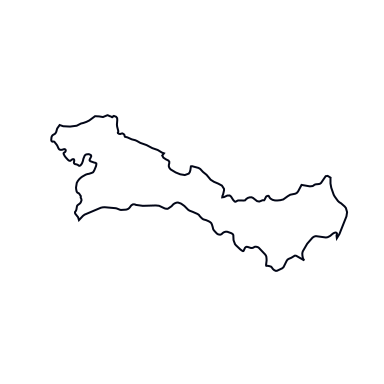 Volta, Albers equal-area conic projection, rotated 298°
{"feature_id": "GHA-2173", "entity_name": "Volta", "entity_type": "Region", "adm_level": 1, "iso_a3": "GHA", "parent_name": "Ghana", "parent_adm1": "", "projection": "albers", "projection_center": [0.32, 7.267], "detail": "fine", "context": "isolated", "style": "outline", "palette": "ink", "viewbox_px": 384, "rotation_deg": 298, "n_neighbors": 0, "source": "natural_earth", "source_scale": "10m", "svg_char_len": 5547}
<svg xmlns="http://www.w3.org/2000/svg" viewBox="0 0 384 384"><g transform="rotate(298 192 192)"><path d="M212.1,129.9L212.1,130.3L212.1,136.3L213.0,142.0L212.7,147.1L213.0,149.1L210.2,148.6L208.9,150.6L208.6,153.7L208.7,156.4L208.1,157.7L206.8,158.4L205.2,158.8L203.9,159.4L202.9,160.4L202.3,161.5L201.9,162.7L201.6,168.4L202.1,173.3L203.6,177.7L206.7,180.5L208.5,180.7L210.5,180.3L214.1,179.0L214.8,179.9L216.3,186.4L216.2,188.5L214.9,192.2L214.0,196.8L211.6,202.7L211.3,206.6L211.7,211.1L211.7,215.4L209.8,218.8L208.5,219.5L204.4,220.6L202.9,220.7L201.5,221.2L202.6,222.7L205.4,224.8L206.6,226.9L206.3,228.6L204.3,232.1L203.6,234.2L203.9,235.1L204.9,235.7L206.1,236.6L208.9,241.9L209.6,242.8L211.3,243.2L213.0,244.1L214.4,245.5L215.3,247.1L215.4,248.7L214.5,253.7L215.1,255.8L216.4,257.0L217.7,258.0L218.6,259.6L219.5,259.7L222.3,259.6L223.2,259.8L224.4,261.0L224.4,261.9L223.7,262.8L223.1,264.1L223.0,264.7L222.9,266.8L223.5,269.2L224.7,271.5L226.3,273.9L228.3,276.1L233.2,278.5L235.7,280.0L238.9,283.9L240.2,284.9L242.2,285.4L249.7,285.4L252.3,293.4L253.8,295.6L254.6,296.2L255.4,296.5L256.1,296.9L256.9,297.7L258.2,299.7L259.2,301.0L260.6,301.7L268.7,302.6L269.9,304.2L269.7,307.6L269.0,307.9L264.5,310.3L261.1,313.0L256.1,318.4L255.0,320.1L252.6,325.0L252.1,326.9L252.0,328.9L250.9,333.6L250.1,335.4L247.0,338.4L243.0,339.8L224.1,341.9L219.2,341.6L221.3,340.1L223.3,339.6L223.6,339.2L223.8,338.6L223.7,337.9L223.4,337.5L223.0,337.1L222.7,336.8L221.9,336.2L220.4,335.5L218.3,334.7L216.9,333.8L215.8,333.0L214.7,331.6L211.2,322.1L210.3,321.1L209.4,320.4L208.1,319.8L200.4,318.0L192.3,317.7L191.6,317.7L190.6,317.9L189.6,318.2L187.9,319.2L186.1,320.6L185.4,321.3L185.1,321.7L184.3,323.2L184.6,314.1L184.4,313.3L184.0,312.6L180.6,310.6L178.5,308.9L177.2,308.1L175.5,307.9L168.7,308.1L167.0,307.5L162.3,304.0L161.7,303.0L161.6,301.3L162.0,299.5L162.7,298.2L163.2,297.0L162.9,295.2L162.3,293.3L161.7,292.3L162.2,291.7L166.6,290.0L168.3,289.0L169.9,287.9L170.2,287.5L170.5,287.2L171.0,286.3L171.2,285.9L174.1,277.2L174.2,276.4L174.1,275.5L173.7,274.1L173.3,273.4L172.9,273.0L171.6,272.2L170.9,271.5L170.4,270.6L170.2,270.2L170.1,269.6L169.7,267.3L169.4,266.3L169.2,265.9L168.8,265.5L168.4,265.3L167.9,265.1L167.4,265.0L164.5,265.2L164.0,265.1L163.7,264.7L163.7,263.5L164.0,261.6L165.6,255.8L166.1,254.6L166.3,254.2L166.7,253.9L167.0,253.5L167.3,253.2L167.6,252.8L168.9,251.4L169.3,251.1L173.2,248.8L173.5,248.5L173.8,248.1L174.0,247.3L174.1,246.2L173.5,242.0L173.1,241.0L172.6,240.2L171.9,239.5L171.2,238.9L170.2,238.4L168.7,237.9L168.3,237.6L167.9,237.3L167.6,237.0L167.2,236.1L166.9,235.0L166.9,234.0L167.2,232.8L168.1,230.2L168.6,229.0L169.1,228.2L170.9,226.6L171.2,226.3L172.6,224.9L173.5,223.7L173.7,223.2L173.9,222.2L174.0,220.6L173.8,217.8L173.3,215.5L173.2,215.0L173.2,214.2L173.4,213.1L174.0,211.1L174.7,209.4L175.0,209.0L175.2,207.2L174.8,201.9L174.4,198.8L174.4,198.2L174.5,197.0L176.1,191.8L176.5,188.8L176.6,187.5L176.1,184.5L175.7,183.9L175.2,183.2L173.9,182.1L173.2,181.7L172.5,181.3L169.8,180.6L166.2,178.7L165.7,178.3L165.4,177.7L164.9,176.5L164.7,175.6L164.4,169.7L164.3,169.2L163.1,166.3L156.7,155.1L154.3,148.6L154.2,147.4L153.8,146.4L153.3,145.6L152.1,144.9L151.4,144.6L149.2,144.3L148.1,144.0L147.2,143.6L146.3,142.9L145.5,142.1L143.1,138.2L142.8,137.7L142.5,136.7L142.1,133.1L141.8,132.1L137.6,122.1L136.5,120.3L135.3,118.9L121.6,107.8L119.7,106.9L114.1,105.4L116.2,103.3L118.1,99.0L118.8,98.4L119.4,98.1L120.5,98.3L121.2,98.3L122.1,98.2L125.5,97.1L126.2,97.1L126.7,97.2L129.0,98.3L129.5,98.5L130.3,98.6L131.2,98.6L132.9,98.3L133.7,97.7L134.3,97.1L134.7,96.4L135.3,96.1L136.1,95.8L136.4,95.4L136.6,94.9L137.6,93.1L137.7,92.6L137.7,92.0L137.6,91.4L137.8,90.8L138.2,90.0L139.7,88.7L140.7,88.0L141.5,87.5L145.9,86.0L147.9,86.0L150.3,86.4L152.4,87.1L153.9,87.8L157.4,90.0L158.8,91.3L159.7,92.5L161.8,94.5L163.0,95.4L164.1,95.5L165.8,95.5L169.8,95.1L171.4,94.6L172.3,94.1L172.4,93.5L172.4,93.0L172.3,92.5L172.1,92.1L171.5,88.1L171.5,87.5L171.8,86.8L172.3,86.5L172.9,86.4L176.0,86.3L176.6,86.0L177.0,85.6L177.1,85.1L177.1,84.5L177.0,83.3L176.8,82.8L175.7,81.2L175.4,80.9L175.0,80.6L174.5,80.4L173.9,80.2L173.3,80.2L170.4,80.5L168.2,81.1L165.9,81.4L165.4,81.4L164.3,81.3L163.2,81.0L162.8,80.8L162.4,80.5L162.2,80.2L162.1,79.7L162.3,78.6L162.3,78.0L162.1,76.9L161.8,75.9L161.7,75.3L161.9,74.5L162.3,74.1L162.9,73.7L163.6,73.6L164.6,73.2L165.1,72.8L165.4,72.3L165.3,71.8L165.0,71.4L164.7,71.0L162.8,70.1L162.4,69.9L162.2,69.5L162.0,68.9L162.0,68.4L162.1,67.8L162.2,67.3L163.3,64.2L164.0,62.7L165.1,61.1L165.6,60.6L166.2,60.4L166.7,60.6L167.6,61.1L168.1,61.2L168.8,61.2L169.6,60.9L170.0,60.4L170.1,59.8L170.0,59.3L169.7,58.9L169.4,58.5L168.3,57.5L167.8,56.7L167.6,56.3L167.4,55.8L167.3,55.2L167.4,54.5L167.8,53.7L169.8,51.1L170.6,49.5L171.3,47.8L171.7,47.0L171.7,46.5L171.5,46.0L171.3,45.6L170.9,45.1L170.9,44.6L171.1,44.0L171.5,43.6L171.8,43.3L174.2,42.3L175.2,42.1L175.7,42.1L176.3,42.2L176.8,42.3L179.1,43.7L179.6,43.8L180.2,43.9L180.8,43.9L181.4,43.9L184.5,43.2L185.1,43.2L188.9,43.7L189.0,43.7L189.6,47.4L192.5,53.6L196.4,59.1L200.3,61.8L202.0,63.7L204.4,65.9L206.9,67.7L213.4,70.8L215.1,74.4L216.4,78.2L220.1,81.3L220.3,82.3L220.3,83.5L220.6,84.9L220.5,85.9L220.5,86.4L220.9,86.7L222.1,86.9L222.5,87.3L222.8,89.7L222.1,91.2L220.5,92.2L216.2,94.1L214.6,95.2L211.3,98.2L210.5,98.6L209.7,98.6L209.2,99.0L209.1,100.3L209.5,101.4L210.3,102.1L211.0,102.9L211.1,104.3L210.6,105.6L209.8,106.2L209.3,106.9L209.9,109.3L210.2,114.0L211.1,117.7L211.2,119.6L211.1,123.3L212.1,129.9Z" fill="none" stroke="#020617" stroke-width="2"/></g></svg>